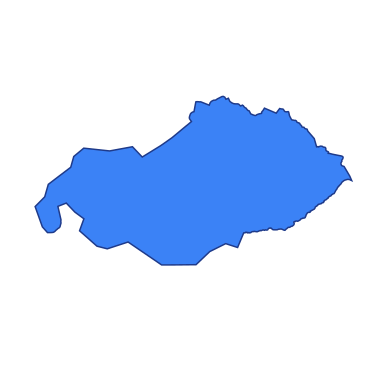 the district of Bulgan, Arhangay, Mongolia, rotated 220°
{"feature_id": "93677404B70129232678406", "entity_name": "Bulgan", "entity_type": "district", "adm_level": 2, "iso_a3": "MNG", "parent_name": "Mongolia", "parent_adm1": "Arhangay", "projection": "orthographic", "projection_center": [100.91, 47.19], "detail": "fine", "context": "isolated", "style": "filled", "palette": "blue", "viewbox_px": 384, "rotation_deg": 220, "n_neighbors": 0, "source": "geoboundaries", "source_scale": "gbopen_adm2", "svg_char_len": 5613}
<svg xmlns="http://www.w3.org/2000/svg" viewBox="0 0 384 384"><g transform="rotate(220 192 192)"><path d="M276.6,68.0L275.8,68.7L274.7,69.6L273.6,70.6L272.5,71.7L272.3,72.0L271.9,72.9L271.7,73.9L271.6,75.5L271.3,76.9L271.3,77.5L270.7,79.4L270.7,79.9L270.8,80.6L271.3,81.6L272.4,84.0L273.3,84.9L273.8,85.4L274.4,86.4L285.5,94.8L281.2,102.7L268.8,101.3L257.6,102.0L253.2,90.0L230.0,89.4L220.4,94.0L208.8,112.6L168.4,116.6L160.2,123.5L142.2,138.9L140.1,157.8L133.0,174.1L121.4,178.8L126.1,193.9L125.7,194.4L125.5,194.5L125.2,194.7L125.1,195.0L125.1,195.3L125.1,195.5L124.7,195.7L124.4,195.8L124.2,196.1L124.2,196.4L124.1,196.5L123.9,196.5L123.2,196.5L122.9,196.5L122.7,196.7L122.6,197.0L122.5,197.4L122.2,197.6L121.7,197.7L121.4,197.8L121.3,198.0L121.2,198.2L121.1,198.5L120.8,198.8L120.8,199.1L120.7,199.7L120.4,200.3L120.1,200.6L119.5,201.1L119.4,201.4L119.1,201.8L118.9,201.8L118.6,202.1L117.6,202.7L116.8,203.2L116.4,203.6L115.8,204.8L115.1,206.1L115.0,206.4L114.6,206.5L114.3,206.6L114.0,207.1L113.6,208.0L113.1,208.7L112.4,209.0L111.9,209.2L111.7,209.4L111.6,210.1L111.2,210.3L110.6,210.6L110.3,210.9L109.8,211.4L109.7,211.7L109.8,212.1L109.9,212.6L109.9,212.9L109.9,213.2L109.8,213.5L109.6,213.9L109.3,214.2L109.1,214.6L108.7,214.9L108.3,214.9L108.1,215.2L107.4,215.1L106.6,215.1L106.1,215.1L105.7,215.2L105.3,215.4L104.9,215.9L104.4,216.1L104.0,216.4L103.4,217.1L102.9,217.4L102.5,217.8L101.8,219.1L101.2,219.7L100.4,220.5L99.7,221.1L98.8,221.4L97.3,221.8L96.6,222.1L96.2,222.4L96.1,222.8L96.1,223.3L96.1,223.8L95.9,224.6L95.8,225.0L95.7,225.9L95.6,226.7L94.6,227.6L94.2,228.4L94.0,229.4L93.4,229.9L93.2,230.5L93.0,231.4L92.9,232.5L93.2,233.1L93.5,233.6L93.8,233.8L94.1,233.9L94.6,234.3L94.7,234.5L94.5,235.3L94.0,235.5L93.8,236.4L93.0,237.2L92.4,237.4L92.1,237.7L91.7,238.8L91.3,239.6L91.2,240.4L91.3,241.2L91.1,241.5L90.5,242.9L90.3,242.9L90.2,243.0L90.1,243.3L89.9,243.6L89.3,244.2L89.0,244.7L88.9,245.1L89.0,245.6L89.3,246.1L89.3,246.3L89.3,246.7L89.4,247.0L89.7,247.3L89.8,247.5L89.8,248.1L90.0,248.5L90.0,249.2L90.2,250.2L89.8,251.0L89.6,251.4L88.9,251.9L88.7,252.2L88.6,252.5L88.6,252.8L88.8,253.1L89.1,253.4L89.1,253.5L88.8,253.9L88.5,254.2L88.5,254.8L88.2,255.3L87.9,256.1L87.6,256.9L87.3,257.6L87.4,258.1L87.4,258.3L87.4,258.6L87.6,259.0L87.8,259.5L87.9,259.8L87.8,260.2L87.7,260.8L87.5,261.0L87.5,261.4L87.3,261.7L87.3,261.9L87.3,262.2L87.2,262.4L87.2,262.7L87.3,262.9L87.2,263.1L87.3,263.4L87.3,263.7L87.1,264.0L86.6,264.6L86.1,265.3L85.8,265.9L85.4,266.3L85.4,266.7L85.4,267.1L85.2,267.6L84.8,268.0L84.6,268.3L84.6,268.6L84.8,268.8L84.8,269.0L84.7,269.3L84.8,269.4L84.9,269.5L84.8,269.8L84.9,270.0L85.1,270.2L85.1,270.6L84.9,270.9L84.8,271.5L84.7,271.8L84.5,272.0L84.3,272.3L84.2,273.0L84.1,273.8L84.1,274.2L83.9,274.5L83.8,274.8L83.8,275.0L84.1,275.4L84.0,276.1L83.9,276.9L83.8,277.1L83.6,277.6L83.3,277.9L83.2,278.1L83.1,278.5L83.1,278.8L83.3,279.2L83.3,279.5L83.2,279.9L82.9,280.3L82.9,280.8L82.5,281.6L82.2,282.1L82.2,282.6L82.4,283.3L82.5,284.3L82.8,285.2L82.9,286.0L82.9,286.6L82.9,287.3L83.2,288.2L83.4,289.4L83.3,289.8L83.4,290.2L83.2,290.6L83.4,291.2L83.3,291.7L83.2,292.9L83.1,293.9L83.3,295.0L83.4,296.1L83.2,297.0L82.9,298.5L82.3,299.7L81.0,301.6L79.6,302.7L78.0,303.1L77.0,303.4L81.4,305.6L91.9,309.3L94.0,308.5L94.6,308.5L95.1,308.8L95.7,309.1L96.3,309.6L96.6,310.2L96.8,311.2L96.9,311.7L97.0,312.0L97.4,312.3L97.6,312.5L97.7,312.9L97.8,313.5L97.8,314.2L98.1,314.9L98.4,315.5L98.9,315.9L99.4,316.0L99.9,315.9L101.0,315.5L103.1,314.3L107.3,312.0L109.0,311.1L110.9,310.2L112.2,309.4L112.4,309.2L112.6,309.2L112.6,309.6L112.9,310.2L113.4,310.4L114.5,310.1L115.5,309.9L115.9,310.0L116.4,310.2L117.1,310.9L117.4,311.3L117.8,311.6L118.5,311.7L119.0,311.7L119.5,311.3L120.0,310.9L120.6,310.8L121.2,310.8L121.6,310.7L122.1,310.4L122.7,310.0L123.2,309.6L123.6,308.8L124.1,307.8L124.4,307.6L124.7,307.7L125.6,306.7L132.7,311.5L142.0,313.0L143.1,313.4L143.9,314.0L144.2,314.1L144.7,313.9L145.3,313.6L145.9,313.3L146.4,313.2L146.8,313.3L147.5,313.5L148.0,313.5L148.5,313.0L149.2,312.7L149.7,312.5L150.0,312.7L150.5,313.1L150.9,313.1L151.5,313.3L152.4,313.2L153.0,313.6L153.7,313.8L154.1,313.6L154.4,313.7L154.9,313.5L155.8,313.1L156.4,313.0L156.9,313.1L157.4,313.4L157.9,313.5L158.3,313.5L158.9,313.3L159.4,312.8L160.4,312.3L160.9,312.0L161.0,311.9L161.4,311.7L161.6,311.5L162.8,311.6L164.9,312.5L165.7,312.8L166.6,313.3L167.9,314.3L168.4,314.7L168.7,314.9L169.4,315.4L169.5,315.4L169.8,315.4L170.0,315.4L170.9,314.4L171.3,314.0L171.7,313.8L172.7,313.3L172.9,313.3L174.1,313.7L174.7,313.9L175.0,313.9L175.6,314.0L176.1,313.7L176.6,313.3L177.4,312.8L178.5,312.3L178.2,306.5L190.4,302.8L190.0,300.1L190.0,299.9L190.0,298.2L189.3,296.9L191.0,294.7L192.0,293.0L192.2,292.1L192.4,291.6L192.9,291.1L194.3,290.5L196.2,289.9L197.3,289.6L199.1,290.4L200.6,290.9L201.6,290.4L202.4,290.5L203.4,290.7L204.5,291.0L205.5,290.7L206.5,290.7L207.3,290.8L208.1,291.1L209.3,290.9L209.6,290.0L210.2,289.1L211.1,289.2L212.8,289.3L213.9,288.7L214.8,287.9L215.7,287.2L217.0,286.4L218.8,285.9L219.9,285.8L221.2,285.7L224.4,287.2L225.6,284.9L227.9,285.7L229.6,285.3L230.5,284.2L231.2,282.5L232.4,279.7L233.0,277.6L234.5,276.1L235.2,274.5L235.5,273.6L235.4,271.8L234.6,269.6L243.3,266.7L244.1,265.9L244.7,265.6L246.5,264.2L247.0,263.5L242.1,254.8L243.0,253.5L243.4,251.9L243.4,250.9L243.0,249.7L242.4,248.2L241.8,247.2L241.0,246.5L237.7,245.6L238.7,239.8L238.8,239.6L242.1,221.4L242.2,220.8L245.8,207.3L245.9,207.0L252.6,186.8L266.7,188.4L281.5,170.5L303.1,156.0L305.4,143.2L300.8,133.0L304.1,118.5L307.0,105.5L301.7,93.6L302.8,80.0L284.2,69.1L276.6,68.0Z" fill="#3b82f6" stroke="#1e3a8a" stroke-width="1.5"/></g></svg>